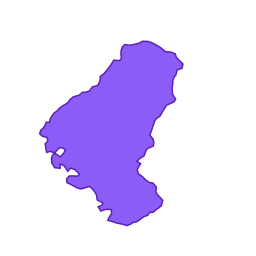 outline of São Jorge, Rio Grande do Sul, Brazil, rotated 304°
{"feature_id": "56859067B70326013254497", "entity_name": "São Jorge", "entity_type": "district", "adm_level": 2, "iso_a3": "BRA", "parent_name": "Brazil", "parent_adm1": "Rio Grande do Sul", "projection": "equal_earth", "projection_center": [-51.726, -28.505], "detail": "fine", "context": "isolated", "style": "filled", "palette": "violet", "viewbox_px": 256, "rotation_deg": 304, "n_neighbors": 0, "source": "geoboundaries", "source_scale": "gbopen_adm2", "svg_char_len": 1824}
<svg xmlns="http://www.w3.org/2000/svg" viewBox="0 0 256 256"><g transform="rotate(304 128 128)"><path d="M66.2,81.3L62.9,80.6L59.8,81.6L56.3,84.6L54.1,89.4L56.6,94.2L60.4,91.8L60.9,96.6L58.4,102.3L62.6,102.9L63.8,106.9L62.7,113.5L59.8,113.0L57.9,109.8L55.4,106.1L51.3,105.6L48.6,108.0L49.4,113.9L49.9,118.9L51.1,123.0L54.7,126.1L58.2,128.9L57.1,134.6L55.1,139.0L51.1,142.8L52.0,149.1L49.2,149.5L46.1,147.3L43.9,151.8L48.1,155.1L51.1,159.7L47.7,162.3L43.4,162.3L40.1,162.9L41.7,167.3L42.9,171.9L45.0,176.8L46.5,181.6L49.5,183.8L52.5,185.0L55.3,187.8L59.2,189.2L63.2,190.6L66.7,193.2L70.1,193.2L72.5,196.2L75.6,196.8L79.3,198.3L82.3,199.1L87.5,197.3L88.3,193.7L89.0,190.2L90.7,186.8L94.8,184.6L96.3,179.5L94.8,176.4L94.8,172.2L95.7,167.7L95.9,162.3L98.4,159.0L101.1,158.5L105.6,158.4L105.2,154.1L109.3,154.8L113.9,156.9L118.7,155.7L121.9,155.6L127.2,159.1L130.2,157.7L132.7,155.2L134.4,150.1L149.0,146.2L152.1,146.3L155.4,147.8L168.5,147.2L172.3,149.7L175.2,151.4L178.5,151.4L181.0,146.0L186.0,142.0L189.3,140.6L192.5,138.6L195.8,137.8L198.9,138.0L203.6,136.2L207.7,139.4L211.8,137.8L212.7,132.3L213.7,128.4L215.9,125.8L214.8,120.9L212.2,116.1L212.8,111.1L212.7,106.0L212.1,100.0L210.9,96.0L207.9,91.4L204.9,90.0L201.5,87.0L197.8,83.5L195.3,78.6L192.0,78.0L188.3,79.0L185.3,80.8L182.3,83.5L179.2,83.4L176.3,78.3L171.3,78.5L165.1,78.3L159.4,77.6L155.2,76.2L152.3,78.0L149.3,78.8L146.3,79.0L142.1,75.5L137.2,75.3L134.2,73.0L132.0,70.3L127.7,69.1L123.5,65.3L119.0,64.0L114.9,63.9L110.8,61.9L106.5,60.2L102.6,59.7L99.0,58.3L95.5,58.3L92.0,58.3L89.0,59.7L87.0,56.9L83.8,57.8L80.1,57.7L77.3,56.9L73.8,58.1L73.3,61.9L74.9,66.1L72.2,68.9L68.7,68.2L65.1,71.3L62.3,74.1L65.2,76.7L66.2,81.3ZM66.2,81.3L69.2,81.4L72.7,82.1L75.0,84.4L74.7,88.2L71.8,88.8L66.2,88.0L66.2,81.3Z" fill="#8b5cf6" stroke="#5b21b6" stroke-width="1.5"/></g></svg>